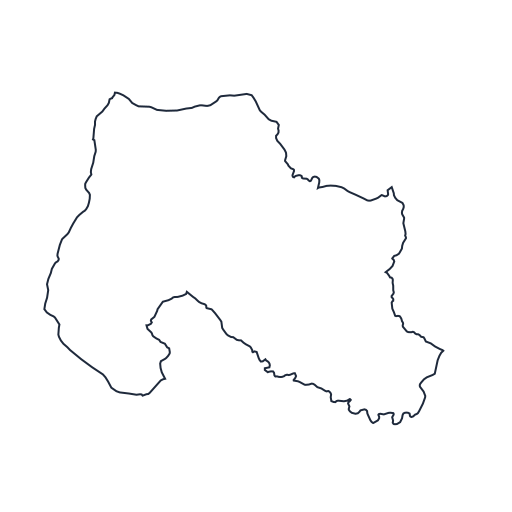 Balsas, El Oro, Ecuador (Robinson projection), rotated 280°
{"feature_id": "8360857B29129198314993", "entity_name": "Balsas", "entity_type": "district", "adm_level": 2, "iso_a3": "ECU", "parent_name": "Ecuador", "parent_adm1": "El Oro", "projection": "robinson", "projection_center": [-79.838, -3.774], "detail": "fine", "context": "isolated", "style": "outline", "palette": "slate", "viewbox_px": 512, "rotation_deg": 280, "n_neighbors": 0, "source": "geoboundaries", "source_scale": "gbopen_adm2", "svg_char_len": 6080}
<svg xmlns="http://www.w3.org/2000/svg" viewBox="0 0 512 512"><g transform="rotate(280 256 256)"><path d="M195.7,456.1L196.3,453.3L198.0,448.0L200.3,443.3L201.3,438.1L204.1,436.1L205.1,435.1L205.1,432.7L206.6,430.7L207.1,429.1L206.8,427.9L207.2,426.4L208.3,425.0L208.6,423.6L207.9,422.2L207.7,420.9L207.5,419.1L207.9,417.6L211.9,412.9L213.3,412.5L214.7,412.7L216.0,412.2L217.0,411.2L219.5,410.0L220.7,409.0L221.7,407.9L221.7,406.2L221.1,404.4L221.3,403.4L224.4,401.7L227.8,399.4L233.6,397.7L235.1,398.2L235.7,398.9L237.3,398.7L238.1,398.0L238.9,396.8L240.1,396.5L242.8,397.9L244.2,398.0L246.1,397.1L250.5,396.3L253.3,395.2L256.2,394.9L257.3,394.4L258.2,393.3L258.2,391.7L259.5,390.7L262.1,388.0L262.6,386.5L266.5,390.0L269.9,392.2L274.6,393.1L276.2,392.2L276.8,391.0L277.3,390.6L280.1,392.1L281.1,394.2L283.0,396.3L284.4,396.9L288.6,398.4L291.4,398.2L294.6,398.6L299.5,400.6L300.4,400.4L302.1,399.3L303.6,399.5L306.1,398.8L313.9,395.4L318.3,395.4L319.5,395.2L322.5,392.7L323.8,392.2L325.8,392.1L328.0,392.8L329.9,393.0L331.6,392.6L333.7,391.0L335.5,385.4L337.5,383.0L339.8,381.3L341.7,380.8L347.4,377.7L343.6,374.2L339.8,375.4L338.9,375.3L338.0,374.6L337.4,373.7L337.1,372.6L337.8,369.6L337.8,369.1L334.6,366.1L333.4,364.4L330.5,359.3L330.1,357.6L330.1,355.9L331.4,351.8L333.6,343.6L335.2,337.0L335.9,334.9L337.8,331.1L338.6,328.3L338.9,322.5L338.3,317.3L337.3,313.3L335.6,309.7L334.3,305.9L333.7,305.2L339.4,305.5L341.7,305.2L343.1,304.4L344.4,301.9L344.4,300.0L343.7,298.6L342.8,297.9L339.7,297.0L339.1,296.3L339.0,295.9L339.7,294.5L340.5,293.6L340.9,292.4L340.5,288.9L341.0,287.6L342.5,287.2L342.8,286.8L343.2,285.2L343.0,284.0L341.8,281.3L341.0,280.4L340.1,279.9L340.2,278.9L341.0,278.2L341.9,277.9L346.3,278.7L347.6,278.3L348.0,277.4L348.4,275.1L348.8,274.6L350.7,272.1L351.7,271.6L354.5,268.2L355.3,268.0L359.6,268.5L362.7,267.7L363.7,267.1L365.8,265.5L369.0,262.1L370.6,260.4L373.1,257.0L375.6,255.3L377.9,254.9L379.5,256.0L381.4,256.7L383.3,256.5L385.3,255.6L389.0,255.7L391.7,252.9L391.9,247.6L392.9,244.7L396.7,239.9L398.9,236.1L400.1,234.5L408.2,228.9L411.5,226.0L413.6,223.8L414.0,218.7L410.1,206.8L409.7,202.4L407.3,193.9L406.5,192.8L405.4,192.0L402.5,190.9L401.2,189.8L396.6,184.9L395.5,182.4L395.2,180.9L395.0,176.8L394.6,174.5L392.5,169.8L390.7,167.1L389.1,161.7L385.6,153.1L383.4,142.3L382.7,133.1L384.3,127.1L384.5,125.1L383.0,114.4L383.7,111.8L385.2,107.5L388.6,103.5L391.2,97.5L392.2,93.7L392.6,91.2L392.4,88.7L390.0,88.6L386.9,86.9L386.4,86.9L385.6,85.4L384.9,84.6L381.3,84.5L378.7,83.6L374.9,81.2L371.6,79.6L365.9,74.9L363.1,74.3L360.5,74.1L357.1,74.7L353.2,74.5L343.6,75.4L342.5,75.2L342.0,76.7L332.7,79.8L330.8,80.0L326.3,79.4L319.6,79.5L312.9,78.6L309.9,78.8L307.6,79.7L304.3,77.9L299.4,75.9L297.6,75.3L296.3,75.4L293.4,76.1L291.9,77.2L289.1,80.7L287.4,81.8L283.5,82.3L279.4,82.2L275.9,81.8L272.6,80.6L270.7,79.4L269.7,78.2L265.8,74.9L263.0,73.0L256.4,70.4L251.6,68.8L246.7,67.5L244.8,66.5L239.2,62.3L238.4,62.0L232.9,60.9L223.9,60.2L222.1,60.3L221.1,60.7L219.1,62.2L218.0,62.3L216.3,61.6L214.9,60.0L213.8,59.3L207.9,57.2L203.6,56.9L197.4,55.5L191.9,55.1L186.3,57.3L178.6,57.5L172.6,56.7L166.9,56.8L164.1,59.8L162.3,63.7L161.4,67.1L160.5,68.7L154.4,74.3L151.1,74.3L144.3,75.0L142.2,76.0L138.9,78.5L136.1,81.6L133.4,86.1L131.1,89.2L124.0,101.8L118.0,113.9L112.8,125.8L110.4,128.8L106.6,132.2L101.2,136.4L98.6,142.0L98.0,145.5L98.5,154.8L98.6,162.4L99.7,165.8L99.8,167.4L98.8,168.6L100.9,172.2L101.4,173.9L102.8,175.1L116.9,183.8L118.5,185.9L119.3,187.8L125.1,183.4L129.1,181.5L133.4,180.3L135.9,180.6L139.0,184.4L140.0,185.3L142.4,186.8L144.5,187.7L145.2,187.9L146.4,187.8L150.0,186.5L150.6,184.4L153.8,181.5L154.8,176.9L156.6,175.2L157.5,172.2L159.1,168.7L160.0,167.8L161.7,166.9L162.6,166.1L165.4,161.8L168.7,160.2L169.0,161.6L170.9,164.2L172.5,164.9L173.9,163.7L175.3,163.8L178.4,166.5L184.8,168.2L186.5,168.3L194.8,172.2L197.3,177.5L199.4,180.4L200.6,181.3L201.4,182.7L202.1,186.0L204.2,190.6L206.5,193.8L208.7,194.1L204.8,201.1L203.7,203.5L201.8,206.3L200.8,208.0L200.0,210.5L199.6,213.8L199.0,215.0L198.4,215.6L196.4,216.1L196.1,216.5L195.8,221.3L195.6,221.8L192.6,225.6L186.8,231.9L185.3,233.3L179.3,235.2L177.9,236.4L175.0,239.4L173.8,240.7L172.9,242.3L171.9,245.5L172.1,247.7L170.1,251.6L170.0,253.9L170.3,255.9L168.5,258.7L167.3,261.3L165.9,265.6L165.1,266.7L162.7,268.6L161.1,269.0L160.7,269.7L161.8,271.0L161.6,273.3L155.9,276.4L154.2,277.6L152.9,279.1L153.4,280.9L155.9,283.2L154.9,284.1L154.2,285.9L153.3,287.2L152.1,288.1L150.7,288.6L148.7,288.5L147.0,284.2L145.3,284.5L143.6,287.8L144.2,288.7L145.0,290.8L145.3,292.8L144.2,294.0L141.6,294.9L140.8,295.8L140.7,296.1L141.1,297.5L140.9,299.8L141.2,301.6L141.4,302.5L142.5,304.5L143.6,305.4L144.5,307.2L144.4,308.8L144.9,310.1L146.9,313.2L147.3,314.6L144.7,316.3L142.9,315.9L140.4,314.6L139.9,314.8L139.9,319.1L139.5,320.9L137.7,326.2L137.7,327.1L138.6,330.4L140.0,333.0L140.0,334.5L139.4,336.1L137.5,339.2L136.9,343.4L135.3,347.3L134.9,348.9L135.6,350.7L135.4,351.3L134.6,352.6L133.8,353.4L132.7,354.0L129.9,354.1L126.2,355.4L125.7,357.8L125.9,359.6L127.1,360.4L127.8,361.9L128.2,367.8L129.4,370.9L131.4,373.2L131.3,373.6L130.7,374.3L129.2,373.5L128.0,372.4L126.7,372.3L124.1,374.1L121.4,373.9L120.7,374.1L119.3,375.5L118.2,377.6L117.9,381.4L118.8,383.6L120.5,384.9L122.1,385.7L123.8,389.4L123.6,391.0L122.6,392.3L120.3,393.0L118.9,393.9L114.2,397.1L112.7,398.6L111.9,400.2L111.9,400.5L115.3,404.6L117.4,405.4L118.1,405.4L119.1,405.2L120.8,404.1L121.2,404.2L121.6,404.4L122.2,405.7L122.2,409.4L124.5,413.7L125.0,415.5L125.1,418.5L124.6,418.9L123.7,419.1L120.9,418.1L117.7,419.6L115.6,419.6L114.6,420.5L114.4,421.0L114.5,422.2L115.0,424.0L117.4,426.8L121.5,428.0L124.8,428.0L126.5,428.5L127.4,429.7L127.9,431.3L128.0,433.0L127.5,434.6L125.2,435.4L124.7,436.0L124.4,437.0L125.3,438.6L127.5,440.3L128.2,441.6L129.3,442.7L131.6,443.6L139.6,446.0L146.1,447.1L147.6,447.0L151.6,444.6L155.7,440.2L156.6,439.8L158.1,439.7L160.0,440.6L163.7,442.8L166.2,445.3L169.5,450.6L171.1,452.5L184.9,453.0L189.6,454.0L192.9,455.2L195.2,456.9L195.7,456.1Z" fill="none" stroke="#1e293b" stroke-width="2"/></g></svg>